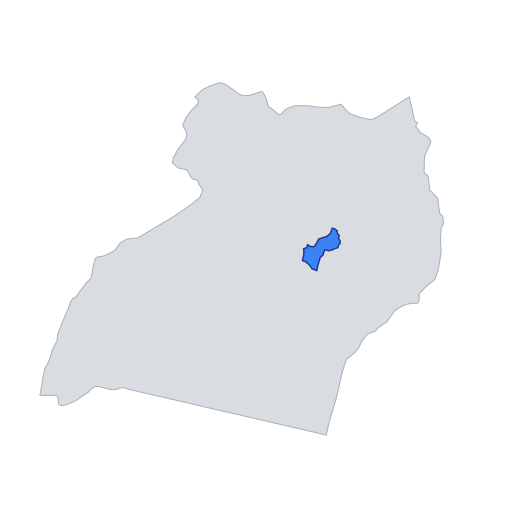 location of Kaberamaido within Uganda, rotated 13°
{"feature_id": "UGA-3066", "entity_name": "Kaberamaido", "entity_type": "District", "adm_level": 1, "iso_a3": "UGA", "parent_name": "Uganda", "parent_adm1": "", "projection": "orthographic", "projection_center": [33.211, 1.704], "detail": "fine", "context": "in_parent", "style": "filled", "palette": "blue", "viewbox_px": 512, "rotation_deg": 13, "n_neighbors": 0, "source": "natural_earth", "source_scale": "10m", "svg_char_len": 2935}
<svg xmlns="http://www.w3.org/2000/svg" viewBox="0 0 512 512"><g transform="rotate(13 256 256)"><path d="M364.8,414.6L357.6,414.6L345.7,414.6L333.8,414.6L322.0,414.6L310.1,414.6L298.3,414.6L286.4,414.6L274.6,414.6L262.7,414.6L250.9,414.6L239.0,414.6L227.2,414.5L215.3,414.5L203.5,414.5L191.6,414.5L179.8,414.5L168.0,414.5L161.0,414.5L159.6,414.3L158.6,414.0L154.1,414.8L149.5,417.7L144.6,419.0L139.3,418.5L138.7,418.8L136.0,418.7L132.2,418.5L128.7,419.3L126.1,421.8L123.4,426.2L118.5,431.2L114.7,435.7L111.5,438.8L104.1,444.0L100.1,445.5L98.1,445.3L96.9,444.3L94.5,437.7L93.1,436.6L78.8,440.0L76.6,440.0L76.8,438.0L75.7,422.3L75.6,412.7L77.4,406.7L78.5,399.8L78.6,393.6L81.2,383.3L80.3,377.0L83.7,355.2L84.6,351.6L85.9,341.0L88.0,337.8L89.9,336.5L92.3,330.0L97.1,319.7L100.3,314.4L99.6,302.7L100.1,294.8L100.9,293.0L107.9,290.1L116.9,282.7L120.7,274.1L126.1,268.6L136.5,265.1L167.5,235.5L181.9,219.6L188.2,211.4L188.4,208.5L189.6,204.6L187.1,201.6L184.1,198.9L183.1,196.4L180.6,195.1L176.9,195.2L174.4,193.3L171.6,189.7L168.9,187.5L160.1,187.7L153.4,184.0L153.4,179.0L156.1,169.1L161.3,157.9L161.5,154.8L160.8,152.1L159.6,149.8L157.3,147.6L155.1,144.9L156.8,136.8L160.1,128.8L162.7,124.9L165.3,120.4L164.6,116.8L160.8,115.0L162.8,111.4L166.9,105.4L174.8,99.4L181.7,95.3L186.4,95.3L195.4,98.6L203.5,102.4L208.0,102.6L213.4,101.0L224.7,94.3L227.4,96.4L230.7,100.5L234.2,107.3L241.3,110.4L244.7,112.5L247.1,113.1L248.5,112.6L251.2,107.3L254.4,104.4L260.4,100.7L273.7,97.8L283.1,96.9L287.1,96.3L293.9,94.6L304.5,89.1L314.9,96.1L326.2,97.5L337.2,97.5L340.5,95.3L342.5,93.7L354.0,82.1L369.6,66.5L380.0,88.5L383.5,89.8L383.0,91.7L382.2,93.6L388.9,98.9L397.3,101.7L400.3,104.4L400.6,107.3L397.8,120.2L398.3,123.9L401.0,136.9L406.0,139.8L410.5,152.8L419.4,158.3L420.7,159.9L422.7,166.2L425.5,173.1L427.6,174.7L428.9,175.1L431.6,182.4L430.1,186.5L432.1,199.1L435.5,210.2L436.4,223.6L436.4,229.5L436.3,233.1L435.6,238.2L434.0,241.1L431.1,244.0L428.0,248.5L425.2,253.3L423.5,255.7L424.9,262.9L424.5,264.8L423.8,265.7L419.7,266.8L414.5,268.7L411.4,270.7L407.0,274.3L403.4,278.3L398.7,290.0L390.8,299.0L389.5,302.0L382.0,307.4L378.7,314.1L376.7,322.3L373.8,328.2L367.5,336.2L366.1,348.9L366.3,374.3L364.6,403.2L364.8,414.6Z" fill="#d9dde1" stroke="#a8b0b8" stroke-width="1"/><path d="M303.2,250.3L302.2,249.6L302.3,243.6L300.8,238.1L303.2,236.8L303.9,233.4L306.4,234.5L308.8,234.3L309.9,233.9L310.9,233.3L311.2,232.6L311.4,231.6L312.8,227.8L313.2,225.6L313.8,224.9L314.6,224.6L320.6,220.9L321.7,219.7L322.5,218.4L323.1,217.9L323.4,217.2L324.0,211.8L326.8,211.9L329.4,213.2L329.7,214.5L330.2,215.8L331.5,216.4L332.4,217.3L332.4,220.0L334.2,222.0L334.9,223.3L335.0,224.8L333.9,227.0L333.9,228.2L333.8,229.5L331.3,231.0L328.2,233.3L325.5,234.5L321.6,234.5L321.2,237.4L321.0,240.1L318.9,243.0L318.4,250.3L318.5,256.5L313.5,255.9L311.6,254.0L309.2,252.3L305.6,250.5L304.4,250.1L303.2,250.3Z" fill="#3b82f6" stroke="#1e3a8a" stroke-width="1.5"/></g></svg>